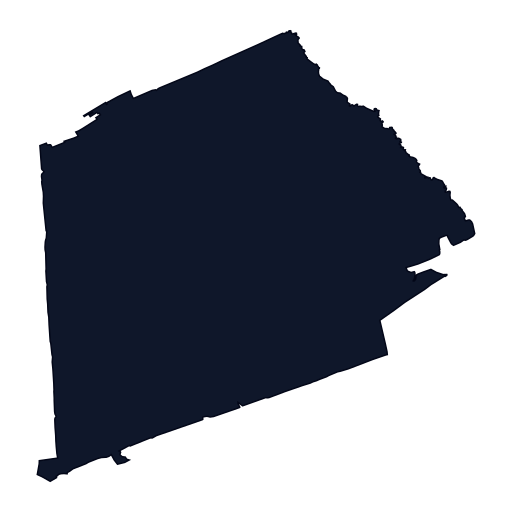 Perieti, Olt, Romania
{"feature_id": "2599482B88325539322464", "entity_name": "Perieti", "entity_type": "district", "adm_level": 2, "iso_a3": "ROU", "parent_name": "Romania", "parent_adm1": "Olt", "projection": "robinson", "projection_center": [24.585, 44.417], "detail": "fine", "context": "isolated", "style": "filled", "palette": "ink", "viewbox_px": 512, "rotation_deg": 0, "n_neighbors": 0, "source": "geoboundaries", "source_scale": "gbopen_adm2", "svg_char_len": 5933}
<svg xmlns="http://www.w3.org/2000/svg" viewBox="0 0 512 512"><path d="M449.9,191.4L449.0,191.2L448.0,191.7L445.3,192.2L445.2,191.0L446.2,190.0L446.5,188.2L446.1,187.9L444.6,188.3L443.8,187.6L443.8,187.2L445.2,187.0L445.7,186.7L445.8,186.1L444.4,186.1L444.3,185.7L444.4,184.7L443.6,183.7L442.4,181.4L441.9,180.9L436.1,179.0L435.9,178.6L434.8,178.2L434.0,177.5L433.3,177.7L432.6,179.4L431.9,180.0L431.0,179.7L430.1,177.8L429.7,177.7L428.3,178.3L427.9,177.1L426.8,177.2L425.9,177.9L424.7,177.9L424.7,177.3L425.7,176.4L420.9,173.7L420.7,172.7L419.9,172.3L420.4,171.2L420.1,170.5L418.8,169.0L418.6,167.3L418.2,166.4L418.5,165.6L419.4,164.7L419.6,164.1L417.7,163.2L416.7,162.4L416.4,161.7L416.8,160.4L415.9,159.1L414.9,158.3L412.9,157.4L410.2,156.9L408.9,156.1L408.8,155.7L409.3,155.3L409.0,154.7L407.9,154.3L406.6,153.1L405.8,152.6L405.7,151.6L405.0,150.8L405.3,149.8L403.7,149.8L403.2,149.5L403.5,147.7L403.2,147.3L402.2,147.0L401.3,147.6L400.7,147.5L401.2,146.5L400.7,144.9L400.4,144.6L399.5,144.6L399.2,144.1L399.5,143.3L401.3,142.5L401.4,142.2L400.1,141.5L400.8,140.7L400.7,139.4L398.8,138.3L398.3,138.3L396.9,138.9L395.5,138.4L395.6,137.9L396.5,137.2L395.7,136.6L395.7,135.6L395.6,135.4L394.2,134.4L394.1,134.2L395.8,133.5L396.0,133.3L396.0,133.1L394.9,131.7L394.3,131.4L393.8,130.2L392.6,129.3L392.2,127.6L391.8,127.3L389.7,127.5L389.1,129.0L388.6,129.1L387.5,128.6L384.7,128.5L382.0,126.8L382.3,125.1L381.9,123.2L382.4,122.5L383.1,122.0L383.1,121.6L382.3,120.9L380.9,121.4L380.6,121.2L380.2,120.5L380.4,118.9L378.0,117.3L377.7,116.8L377.7,116.4L378.9,115.3L378.3,113.9L378.7,113.1L378.6,112.2L379.0,110.6L377.2,110.2L376.7,109.7L376.3,108.8L375.2,108.5L374.4,108.8L374.1,109.3L374.3,110.1L375.0,110.8L375.0,111.3L373.9,111.5L366.4,108.2L363.4,106.2L361.4,106.5L359.9,106.2L358.4,106.5L357.4,105.8L357.3,105.5L357.5,104.4L357.2,104.3L356.5,104.3L353.9,106.0L352.9,105.1L352.1,104.7L351.4,105.1L350.4,106.2L349.6,106.1L349.4,105.9L349.9,105.4L349.9,104.0L347.3,102.3L347.1,101.2L347.4,99.0L347.4,98.3L346.8,97.3L345.8,96.7L345.7,96.3L342.8,95.0L340.2,93.1L337.7,92.8L336.7,92.3L335.5,91.1L333.3,86.8L330.7,84.9L330.2,84.0L328.9,82.6L328.0,81.1L323.1,79.1L320.3,76.8L319.6,76.5L318.6,73.9L318.4,71.6L318.6,70.6L318.4,69.3L319.3,68.5L319.4,67.8L318.5,67.4L318.1,66.4L317.3,65.6L317.3,65.0L316.2,64.1L315.4,64.7L313.3,63.7L307.0,58.9L307.2,57.7L306.2,57.4L306.3,56.3L305.4,55.5L305.0,54.7L303.7,53.1L303.7,52.7L304.9,51.5L304.2,50.0L303.7,49.7L302.8,49.8L301.9,48.7L301.4,48.3L301.8,47.5L301.7,46.4L300.1,46.0L300.2,45.2L300.0,44.9L298.1,43.0L297.9,40.1L298.2,39.2L299.1,38.3L299.0,37.7L297.7,36.6L296.2,36.0L296.0,35.5L296.6,34.5L296.4,33.2L295.6,33.1L295.1,34.3L294.8,34.4L294.3,33.4L292.7,34.0L291.9,33.9L291.7,33.8L291.7,33.0L290.3,32.1L290.5,31.4L290.9,31.1L290.3,30.7L289.1,30.8L287.8,32.6L286.8,32.1L286.3,32.2L285.8,33.3L284.9,33.3L284.5,33.7L282.4,33.3L281.8,33.9L281.4,33.8L275.3,36.6L258.1,44.6L222.0,60.7L212.4,65.3L204.4,68.8L197.4,72.2L159.9,87.8L158.3,88.6L156.3,90.4L155.6,89.8L152.2,90.4L133.8,98.3L133.3,98.3L131.9,95.7L131.2,94.3L130.1,90.9L118.1,96.6L106.5,102.9L107.2,104.0L106.5,104.4L105.5,102.6L83.7,115.7L84.3,116.5L92.1,111.8L92.7,112.7L89.1,114.9L90.3,116.6L96.9,112.4L98.0,113.7L99.1,113.0L100.4,114.8L95.9,117.7L97.2,119.3L82.7,128.5L78.6,130.9L75.8,132.0L78.3,136.2L73.8,138.1L64.1,141.3L64.7,142.4L52.3,147.4L50.6,144.8L49.1,144.7L47.4,145.2L46.3,143.2L39.9,145.6L41.6,168.6L42.0,169.6L44.0,171.5L43.9,172.0L41.9,174.0L41.6,174.8L41.5,176.6L41.9,179.2L42.0,180.4L41.7,181.6L41.9,184.2L43.3,192.3L43.5,196.3L43.3,203.1L46.1,230.6L46.6,230.5L46.8,231.1L46.3,238.1L45.6,240.2L45.3,241.9L45.0,247.0L45.1,249.8L45.7,252.8L46.1,269.0L45.9,271.0L46.5,281.5L47.3,284.8L46.9,286.7L47.2,299.1L47.7,304.2L48.0,312.2L48.8,317.2L49.1,324.8L50.2,341.3L50.8,343.3L52.0,354.6L52.6,356.9L52.2,362.0L52.9,369.0L53.8,383.6L54.0,389.8L53.9,391.6L54.2,398.0L54.2,400.6L54.6,411.5L55.0,414.0L56.2,416.2L56.1,416.6L55.0,418.2L54.8,419.7L55.1,427.6L55.7,435.4L55.9,441.3L56.3,447.0L56.9,453.5L57.7,458.1L39.3,460.7L39.2,463.9L37.3,474.5L41.9,476.6L50.2,481.3L56.5,477.6L56.1,476.7L56.3,476.2L57.5,475.7L58.3,474.6L58.8,474.3L61.0,473.7L63.9,473.5L67.1,473.8L67.3,472.5L69.7,471.2L72.9,468.8L85.9,463.7L88.4,462.2L97.7,458.5L101.4,457.5L106.4,457.2L108.9,456.3L111.3,454.6L114.3,460.1L117.5,464.2L124.7,462.4L129.2,460.0L126.6,459.2L125.3,457.1L122.2,456.7L120.4,455.3L119.9,454.4L120.6,452.3L120.3,451.7L119.0,451.0L129.4,445.4L130.1,446.0L149.4,438.2L150.5,437.9L152.4,437.9L156.4,435.6L202.3,419.7L202.8,419.3L202.7,417.5L203.1,416.9L206.3,416.3L207.8,416.4L210.1,417.0L213.6,416.5L239.3,407.6L239.8,407.2L238.0,403.6L238.0,402.3L242.6,405.8L265.6,397.6L267.2,397.8L268.9,397.6L284.5,391.7L302.7,385.4L310.2,383.1L312.9,381.8L316.5,380.7L319.4,379.4L326.6,376.7L328.7,375.5L337.5,371.8L340.4,371.2L348.3,368.8L372.8,359.4L385.9,354.9L387.3,354.6L387.0,351.6L385.3,343.8L379.8,320.3L394.0,310.3L404.6,302.4L425.0,289.1L430.9,284.6L444.6,276.1L445.1,276.4L445.8,276.0L446.7,275.4L446.9,274.8L446.8,274.5L443.1,274.6L438.0,272.9L436.4,272.4L430.9,269.4L423.4,272.0L417.9,274.1L416.4,275.0L415.6,279.3L414.5,280.8L413.7,281.0L413.2,280.9L413.4,280.2L414.5,278.3L414.9,274.5L414.9,273.0L414.5,271.9L414.3,271.7L411.1,272.5L408.7,271.6L407.3,270.9L406.0,267.5L410.7,266.2L418.2,263.9L430.8,258.8L439.3,254.6L439.7,253.7L439.8,251.9L439.3,250.0L439.8,249.6L438.8,243.9L438.9,240.3L439.3,238.4L441.1,237.3L446.1,235.4L447.3,235.5L447.8,237.0L450.8,242.7L451.6,243.9L453.5,245.3L460.4,242.3L463.7,240.0L465.7,240.2L467.6,239.3L472.9,236.1L473.7,235.3L474.7,233.6L472.6,223.9L471.5,221.7L469.7,220.0L468.6,220.0L465.9,220.8L465.3,220.7L464.2,218.0L464.5,217.3L465.2,216.9L465.4,216.7L465.1,215.4L464.5,213.6L462.2,210.7L462.0,209.6L461.0,208.9L459.9,207.2L458.8,207.5L458.5,207.2L457.8,205.4L456.7,204.0L452.4,200.1L450.8,200.0L450.2,197.8L449.9,195.2L450.2,192.3L449.9,191.4Z" fill="#0f172a" stroke="#020617" stroke-width="1.5"/></svg>